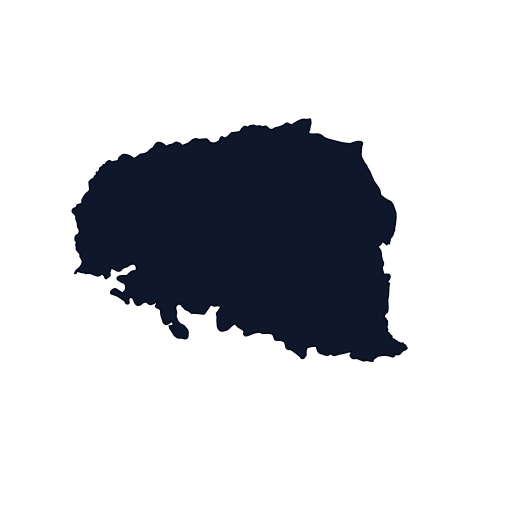 Tha Li, Loei, Thailand (Mercator projection), rotated 232°
{"feature_id": "78962969B23200832152912", "entity_name": "Tha Li", "entity_type": "district", "adm_level": 2, "iso_a3": "THA", "parent_name": "Thailand", "parent_adm1": "Loei", "projection": "mercator", "projection_center": [101.431, 17.624], "detail": "fine", "context": "isolated", "style": "filled", "palette": "ink", "viewbox_px": 512, "rotation_deg": 232, "n_neighbors": 0, "source": "geoboundaries", "source_scale": "gbopen_adm2", "svg_char_len": 6154}
<svg xmlns="http://www.w3.org/2000/svg" viewBox="0 0 512 512"><g transform="rotate(232 256 256)"><path d="M354.0,102.5L353.6,102.6L353.4,103.7L354.0,105.2L353.9,106.0L350.6,108.3L348.2,110.6L347.1,111.0L345.2,113.9L344.2,114.9L338.1,118.6L336.9,120.7L336.9,123.0L336.6,123.7L334.1,124.4L331.5,123.6L330.8,123.7L330.4,124.2L330.4,128.7L330.7,129.2L333.2,130.5L334.3,132.4L335.3,133.4L335.4,134.1L334.8,135.0L333.6,135.8L329.5,137.6L328.2,139.2L328.0,140.4L328.3,142.9L328.1,145.4L327.0,147.6L326.7,152.0L325.4,154.3L324.5,155.1L323.5,155.5L321.1,155.1L319.0,153.7L318.6,152.6L320.4,148.5L320.4,145.4L320.0,143.3L320.1,141.9L323.4,137.6L324.5,135.2L324.3,133.2L323.4,132.6L321.8,132.6L317.6,134.2L315.9,135.5L314.2,135.5L311.0,134.0L309.8,132.3L309.3,131.1L309.1,128.5L309.5,127.7L315.6,125.6L316.7,125.0L317.3,124.2L317.7,122.8L317.6,120.4L317.1,119.4L316.0,118.6L314.9,118.9L311.1,121.5L309.0,122.5L301.9,124.8L301.0,124.9L298.8,124.4L297.8,124.8L297.1,125.9L297.1,126.7L297.4,127.2L299.4,128.2L300.6,129.4L301.1,130.7L300.5,132.0L299.9,132.6L298.1,132.9L294.0,131.8L291.3,131.7L289.7,132.7L288.8,134.9L288.8,138.7L287.6,141.3L283.7,142.2L282.3,143.6L281.4,147.2L281.7,149.9L281.1,150.3L280.1,149.3L278.1,145.8L276.8,145.8L274.5,147.2L272.3,147.6L271.4,147.3L269.1,145.5L267.2,144.5L260.3,142.0L258.1,142.5L257.4,143.1L256.5,145.6L256.8,148.8L255.9,149.2L254.0,149.4L253.1,148.9L252.8,148.3L252.7,146.7L254.2,144.7L253.7,144.2L252.3,143.7L243.6,142.8L240.1,143.8L238.4,145.2L237.7,146.5L234.8,148.8L233.9,150.2L233.9,151.8L235.0,153.1L237.9,155.7L240.2,156.5L245.4,156.3L249.8,154.2L252.8,154.3L254.9,154.8L257.7,155.7L260.0,158.1L261.7,159.3L263.3,159.8L265.0,160.8L265.8,162.3L266.2,163.9L265.7,165.7L264.2,166.9L257.6,167.4L254.2,169.2L250.4,170.1L249.4,171.8L242.3,179.3L242.6,181.0L245.4,189.9L244.8,190.9L242.2,192.3L240.4,195.5L238.6,197.0L237.8,197.0L237.2,196.1L235.9,192.8L235.1,189.6L231.7,187.8L228.9,185.4L224.0,182.2L221.9,181.6L220.0,181.6L218.1,182.6L217.2,183.9L215.7,187.6L215.6,189.2L216.0,193.2L216.0,196.3L215.7,197.4L214.7,197.9L211.2,198.2L205.3,200.5L203.7,200.1L202.0,198.3L200.2,198.2L199.7,198.5L198.6,200.3L196.5,207.3L194.8,210.6L193.4,212.4L191.1,213.4L187.6,218.3L185.5,220.2L184.5,220.7L182.8,220.9L178.7,219.4L177.2,220.1L175.1,222.8L173.4,224.4L171.4,225.5L169.2,225.2L165.3,223.3L163.6,223.4L162.7,223.8L160.8,226.0L159.8,226.3L151.9,228.5L149.3,229.0L148.0,228.7L146.8,229.3L146.1,230.7L147.1,234.3L150.2,236.7L152.1,238.9L152.1,241.0L150.3,244.6L148.4,247.4L147.5,247.9L143.5,246.3L141.2,246.1L139.2,247.0L138.1,248.1L135.9,249.2L133.6,251.4L133.0,254.8L132.6,255.2L130.4,255.5L129.1,257.0L127.6,261.0L124.5,267.1L123.9,269.0L121.9,272.3L121.0,271.8L119.7,269.0L118.4,268.7L116.2,268.9L115.1,269.7L113.3,272.5L107.8,275.7L106.8,276.7L105.9,278.8L102.0,282.2L101.2,283.5L102.3,284.7L102.4,285.4L102.2,289.5L101.9,290.9L99.8,294.7L98.1,297.0L95.2,299.7L92.6,301.4L91.9,302.7L92.6,304.8L92.6,305.4L90.8,307.2L90.2,308.9L91.0,313.5L90.1,316.5L90.4,318.3L93.6,318.8L95.4,318.0L96.8,318.2L98.1,316.3L99.8,315.5L100.6,314.8L101.6,314.5L102.7,314.5L103.5,313.8L104.8,313.8L107.0,312.6L107.6,312.6L109.4,313.7L111.7,313.0L113.4,313.4L115.2,312.7L115.9,312.9L116.9,314.4L119.7,315.4L120.5,316.1L120.7,317.2L122.1,317.7L122.8,318.8L124.3,319.5L125.3,319.3L126.9,319.8L128.1,319.2L129.1,319.4L130.7,321.5L131.0,323.1L130.9,324.8L131.9,326.3L134.9,328.8L140.1,332.4L143.8,336.4L149.9,341.6L151.9,343.9L152.7,344.1L154.1,343.5L154.9,343.8L155.8,347.2L157.6,349.3L158.5,349.5L159.8,349.3L162.0,346.5L163.1,345.5L163.7,345.4L165.7,346.6L167.8,347.2L168.5,348.0L169.5,348.3L170.8,351.1L172.4,352.3L176.0,353.3L177.0,354.0L178.7,354.6L180.6,356.1L183.6,357.5L188.5,357.8L188.4,361.2L189.4,363.9L189.5,365.3L187.9,365.2L185.9,365.9L184.4,366.0L184.8,367.7L183.6,368.8L184.8,369.6L185.8,371.3L187.3,372.4L187.5,374.6L188.7,377.5L189.9,378.8L191.0,381.1L192.6,382.0L193.0,382.7L195.2,385.2L200.3,390.1L203.9,392.7L212.1,395.5L215.6,395.7L219.6,393.8L222.7,392.7L227.3,391.7L231.8,394.0L233.2,394.4L242.4,394.9L252.7,397.6L257.0,398.1L259.4,398.8L262.8,398.7L266.9,399.5L270.0,400.3L272.0,401.7L273.3,403.1L274.5,403.8L275.6,405.1L277.1,406.3L278.9,409.0L279.8,409.5L281.1,409.3L283.5,406.9L285.0,403.5L286.5,399.2L291.9,393.7L303.2,385.0L306.0,383.3L307.4,382.6L311.1,381.8L313.9,380.0L317.5,375.1L319.6,373.1L320.8,373.3L321.9,374.4L322.6,375.9L325.4,378.9L326.8,380.9L330.0,383.0L330.7,382.9L332.0,380.2L334.3,377.8L335.5,375.6L336.4,371.9L337.0,367.4L337.0,365.1L337.4,364.6L338.5,364.2L339.1,363.4L340.9,362.9L342.0,361.7L342.2,357.4L343.3,353.8L345.0,350.2L345.3,347.6L346.0,346.1L347.3,344.7L352.0,343.8L352.9,342.6L353.1,341.6L353.7,340.6L356.3,338.9L358.0,336.1L360.5,334.6L362.4,331.1L362.2,328.9L364.2,327.7L365.3,326.5L365.0,323.0L363.8,320.2L365.1,317.4L368.1,312.4L367.4,307.1L367.9,304.3L368.6,303.4L370.7,302.7L371.1,302.1L370.8,300.4L369.5,298.5L369.3,297.7L369.7,294.9L370.7,292.3L373.4,289.8L377.8,289.4L378.8,288.9L382.9,282.7L385.1,281.1L385.7,280.3L386.6,277.7L386.4,272.3L388.3,266.0L388.8,265.7L391.5,265.4L394.4,263.5L395.1,262.2L395.5,258.8L396.8,256.4L397.6,252.7L401.3,251.9L403.1,251.1L404.4,250.2L405.9,248.5L406.2,247.0L406.0,245.8L404.5,241.3L405.0,238.6L404.4,234.5L405.1,231.4L407.2,227.6L407.5,220.7L408.2,219.8L412.8,218.1L414.7,216.9L416.8,215.1L417.6,213.9L418.0,212.6L417.9,209.8L417.5,208.3L415.9,205.9L417.3,203.5L418.6,200.4L421.1,199.4L421.7,198.5L421.9,196.1L420.7,193.1L421.9,191.8L421.2,190.8L421.4,187.1L420.2,186.0L419.7,184.5L418.9,183.5L420.2,182.0L420.0,181.5L418.9,181.0L418.1,180.0L418.2,178.2L417.2,176.0L417.6,172.9L417.3,170.6L416.8,169.8L411.1,166.2L410.2,165.1L409.8,164.1L409.8,160.1L409.0,157.5L407.3,153.5L404.7,151.4L404.7,150.6L406.3,146.6L404.9,144.2L405.7,141.4L405.6,140.6L404.9,139.1L403.5,138.4L399.9,138.9L398.3,138.7L396.2,137.0L391.9,135.6L389.0,133.6L384.8,132.7L383.7,131.6L382.6,129.7L382.5,128.6L383.0,127.2L382.1,125.0L379.6,123.1L377.7,123.3L377.2,123.1L375.7,120.9L373.6,120.0L371.5,118.4L365.8,118.6L364.0,117.1L359.8,116.4L358.6,115.9L357.3,114.6L356.2,112.5L355.5,109.8L355.3,105.2L354.0,102.5Z" fill="#0f172a" stroke="#020617" stroke-width="1.5"/></g></svg>